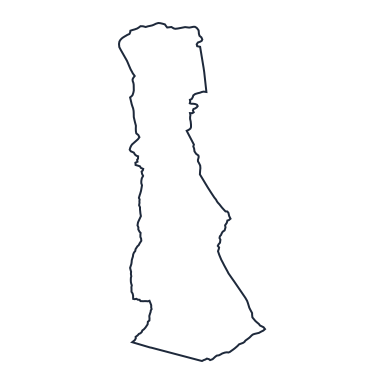 Primeira Cruz, Maranhão, Brazil
{"feature_id": "56859067B8659226080379", "entity_name": "Primeira Cruz", "entity_type": "district", "adm_level": 2, "iso_a3": "BRA", "parent_name": "Brazil", "parent_adm1": "Maranhão", "projection": "mercator", "projection_center": [-43.37, -2.679], "detail": "fine", "context": "isolated", "style": "outline", "palette": "slate", "viewbox_px": 384, "rotation_deg": 0, "n_neighbors": 0, "source": "geoboundaries", "source_scale": "gbopen_adm2", "svg_char_len": 4266}
<svg xmlns="http://www.w3.org/2000/svg" viewBox="0 0 384 384"><path d="M265.0,329.1L263.5,327.2L260.0,325.5L258.8,323.9L257.2,322.6L255.4,321.0L252.4,317.4L252.1,314.6L252.1,313.1L250.5,310.1L249.3,307.7L247.9,303.1L247.1,300.9L245.4,297.9L242.4,293.5L234.4,281.8L232.7,279.4L228.5,273.4L227.7,271.8L224.1,265.2L222.9,262.8L221.3,259.8L219.3,255.0L218.0,251.2L218.8,249.0L219.1,247.5L217.8,245.9L218.6,244.3L220.0,242.7L220.4,239.7L219.5,238.0L219.9,236.3L221.1,234.9L221.6,233.5L222.7,231.7L224.6,230.4L225.5,227.4L225.1,225.3L226.8,222.8L227.4,220.5L228.7,220.2L230.5,218.7L229.2,216.1L228.4,212.8L227.3,211.5L225.5,211.4L223.7,209.5L221.9,207.5L219.3,204.2L217.8,202.6L216.9,201.3L216.0,199.6L214.3,197.5L211.0,192.5L207.8,187.5L205.2,183.2L203.4,180.2L199.9,174.4L200.2,169.7L200.4,168.3L200.2,165.6L199.1,163.3L198.0,161.4L197.9,159.9L198.4,158.3L198.7,156.9L198.4,155.5L196.1,153.8L194.5,151.4L194.1,148.5L193.3,146.4L193.9,144.6L191.4,139.8L186.7,130.8L188.8,129.8L190.4,128.6L191.0,127.1L191.0,124.8L190.7,121.6L190.1,119.0L190.1,117.0L190.4,115.1L190.0,113.1L192.3,113.2L193.7,112.3L192.9,110.5L193.5,109.0L195.0,108.5L196.7,107.4L197.7,106.1L197.0,104.8L195.4,104.1L193.7,103.8L191.1,103.7L189.8,103.3L190.2,101.5L189.9,99.8L191.6,99.1L192.7,97.3L193.3,95.4L195.2,94.0L197.9,93.2L200.0,92.7L201.8,92.0L203.6,91.6L206.4,92.0L204.2,72.0L203.6,67.9L200.1,46.8L197.2,46.2L196.7,44.3L197.9,42.5L200.4,41.6L201.7,40.8L202.3,39.5L201.4,37.4L199.5,35.8L198.9,33.7L198.8,32.1L198.6,30.4L197.7,29.1L196.6,27.8L194.9,26.8L193.3,26.8L191.0,27.3L189.2,27.6L185.1,27.1L181.5,27.8L179.4,28.2L177.8,28.5L175.3,28.8L173.7,28.4L171.4,27.0L167.2,27.5L166.0,26.0L164.9,24.4L162.5,23.7L160.4,23.2L158.3,23.0L156.0,23.7L153.7,24.8L152.2,25.4L150.0,25.9L148.0,26.3L145.7,27.0L143.1,26.3L140.5,26.2L138.8,27.5L137.2,28.5L134.7,29.4L132.5,30.0L130.4,30.7L130.1,32.6L129.4,34.0L127.3,34.9L126.0,35.7L124.6,36.5L123.0,37.5L121.7,38.5L120.4,39.9L119.4,41.6L119.0,44.0L119.3,47.1L120.7,49.8L126.9,60.7L127.7,62.5L129.3,66.3L130.7,69.5L132.0,71.8L132.7,73.2L134.7,76.0L133.4,77.7L132.6,79.3L132.7,81.0L133.4,82.9L133.7,84.8L133.8,90.5L133.4,92.5L132.6,95.0L131.7,96.1L130.1,97.4L131.7,104.2L132.6,107.0L133.1,108.3L133.6,110.9L133.7,112.7L133.8,117.1L134.9,121.9L135.9,125.7L135.8,128.8L135.9,131.3L136.3,133.4L138.3,135.0L139.4,137.2L138.0,139.2L132.0,144.5L131.1,145.9L130.3,147.6L129.7,149.7L130.8,151.3L133.8,152.6L135.0,154.6L136.5,155.8L138.1,156.3L138.0,158.7L137.1,159.9L137.5,161.7L135.4,162.7L135.6,165.0L137.7,165.6L139.9,166.3L140.9,167.9L143.2,168.9L142.8,170.4L141.6,171.6L142.1,174.0L143.1,175.9L141.8,178.3L141.3,181.0L141.3,183.2L142.0,185.3L141.6,187.6L141.0,190.9L140.6,192.3L140.2,193.7L139.7,195.1L139.3,196.5L138.9,197.9L139.6,199.4L139.4,201.3L139.5,202.9L139.1,205.2L140.0,207.3L140.0,209.5L140.2,211.3L140.4,213.4L140.9,216.1L139.6,218.9L138.8,220.6L138.0,222.4L137.5,225.4L138.4,227.4L138.3,229.4L139.5,231.7L140.6,232.9L140.4,234.7L140.4,237.0L141.1,238.6L141.3,240.8L139.6,243.4L138.7,245.2L137.5,246.2L136.7,247.4L135.6,249.1L135.2,251.1L134.0,252.5L133.2,254.4L132.9,256.6L132.4,258.1L131.8,260.1L131.6,262.4L131.3,264.2L130.6,266.3L130.1,267.9L130.7,270.4L131.1,271.7L130.9,273.9L131.3,276.3L130.9,277.7L130.8,279.8L130.9,282.1L131.3,283.9L131.8,285.3L131.4,287.2L131.5,289.1L131.5,291.8L132.6,293.5L133.1,295.6L133.1,297.4L133.2,298.9L134.7,299.2L136.4,298.8L137.8,299.7L139.6,299.8L140.5,301.1L143.1,301.2L145.7,301.1L148.0,301.3L149.5,300.8L150.4,303.1L151.2,305.2L151.2,307.5L151.6,309.1L150.8,310.4L150.6,312.0L150.1,313.4L149.3,316.0L149.5,318.4L149.4,320.5L147.9,321.7L147.6,324.4L146.5,326.0L145.5,327.5L144.0,329.2L142.3,330.5L141.8,331.9L140.4,333.3L138.9,333.9L137.7,335.3L135.6,336.9L135.8,338.3L134.8,340.1L132.2,342.2L149.8,347.4L151.4,347.7L200.0,360.5L202.0,361.0L203.7,360.1L205.4,359.5L206.9,358.6L209.0,359.2L210.1,360.1L212.6,359.2L215.3,356.7L216.8,355.6L218.9,355.3L220.7,354.4L222.2,353.5L224.8,352.6L226.8,352.3L228.5,352.5L229.9,351.9L231.4,350.8L233.1,349.6L234.7,348.4L236.7,346.7L237.9,345.6L239.1,344.3L241.1,343.6L243.0,342.9L244.5,341.9L245.3,340.7L246.5,339.8L247.9,338.8L249.6,337.5L251.8,335.3L253.1,334.4L254.6,333.9L258.9,332.9L261.4,331.5L263.3,330.6L265.0,329.1Z" fill="none" stroke="#1e293b" stroke-width="2"/></svg>